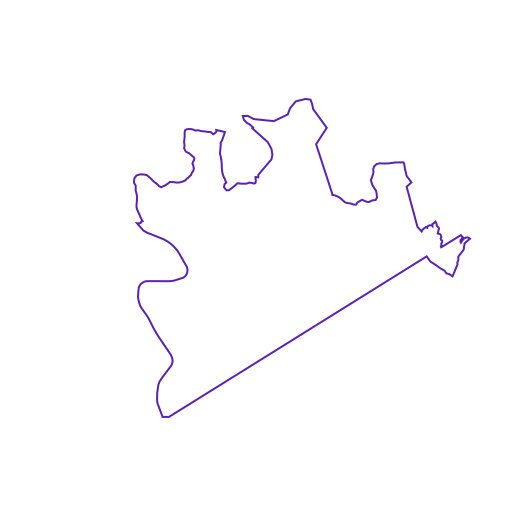 outline of Cherbourg, Queensland, Australia, rotated 320°
{"feature_id": "25037944B27259655099788", "entity_name": "Cherbourg", "entity_type": "district", "adm_level": 2, "iso_a3": "AUS", "parent_name": "Australia", "parent_adm1": "Queensland", "projection": "natural_earth1", "projection_center": [151.944, -26.287], "detail": "fine", "context": "isolated", "style": "outline", "palette": "violet", "viewbox_px": 512, "rotation_deg": 320, "n_neighbors": 0, "source": "geoboundaries", "source_scale": "gbopen_adm2", "svg_char_len": 4139}
<svg xmlns="http://www.w3.org/2000/svg" viewBox="0 0 512 512"><g transform="rotate(320 256 256)"><path d="M422.4,299.5L422.4,298.8L422.5,297.6L422.6,296.2L422.7,294.7L422.7,293.4L422.8,292.2L423.1,290.9L423.4,290.3L424.0,289.4L425.2,286.9L425.8,285.4L426.7,284.1L427.7,282.4L428.8,280.6L429.1,279.1L428.4,278.3L427.4,277.7L426.6,277.0L425.7,276.2L424.5,275.4L423.6,274.4L422.2,273.5L417.6,270.6L414.0,267.9L410.2,264.4L407.5,263.1L404.2,263.3L401.8,264.6L400.0,267.1L398.6,268.3L396.1,269.9L395.1,270.5L392.8,271.6L390.8,276.3L390.2,280.2L389.9,283.2L388.7,285.4L386.4,288.9L383.6,290.0L380.7,288.1L377.4,287.3L375.7,285.7L374.4,283.2L373.4,281.1L368.1,280.2L365.8,281.0L363.9,279.5L362.9,277.7L361.8,276.0L359.9,274.1L358.7,272.1L358.2,268.7L358.0,266.7L357.4,264.6L356.8,263.0L356.2,261.8L355.4,260.3L354.8,259.6L353.7,258.3L354.6,256.9L373.9,209.0L392.6,203.3L394.2,180.2L396.8,175.4L398.2,171.3L395.0,167.6L385.9,163.1L377.1,164.7L371.3,168.0L356.4,164.2L342.3,149.7L339.8,143.5L335.9,140.3L334.2,144.1L334.7,149.0L335.6,150.4L336.4,155.7L335.3,155.8L338.2,176.4L336.6,184.1L333.6,189.0L329.9,191.9L310.0,195.3L308.3,197.2L306.4,195.2L305.2,196.7L304.2,198.4L302.3,199.8L300.9,199.1L299.7,197.2L298.1,195.5L296.2,194.9L294.1,193.6L291.1,191.0L288.6,188.4L285.8,188.5L281.7,188.5L277.5,188.2L275.7,186.8L275.6,185.1L275.7,182.8L277.2,181.5L278.3,180.7L280.4,180.7L280.8,179.0L281.5,177.2L282.3,174.0L283.8,170.5L286.1,167.0L288.0,164.6L290.3,161.5L291.4,159.8L293.0,156.9L294.3,154.3L296.5,152.1L298.9,149.7L301.0,147.6L301.5,146.7L303.7,145.8L304.6,145.5L306.8,144.1L308.1,143.4L311.9,141.1L306.6,134.0L306.3,134.6L305.3,135.3L303.7,135.6L301.4,135.2L301.3,134.1L301.0,132.0L300.1,131.0L298.5,129.7L297.6,128.4L296.2,127.0L294.9,125.8L292.7,122.8L291.9,121.9L290.5,121.3L289.8,120.2L289.0,118.6L288.2,117.4L285.9,115.3L283.8,114.2L282.5,114.1L280.9,115.3L279.5,117.0L278.0,118.8L276.0,120.7L274.1,122.5L272.6,125.0L270.1,127.5L269.6,129.4L269.4,131.1L270.6,133.9L271.0,135.7L271.8,140.2L271.4,141.8L269.8,142.9L268.3,143.3L266.7,144.4L266.1,146.4L264.5,149.2L262.7,150.4L259.8,151.3L258.3,152.2L256.6,152.2L254.4,152.5L253.1,152.3L250.4,152.6L247.8,151.9L244.5,150.4L241.9,148.3L240.4,146.4L237.5,143.9L235.1,143.9L232.2,143.6L227.6,142.4L226.6,140.2L226.6,138.4L226.1,135.9L225.7,134.2L225.4,131.9L225.3,129.7L224.8,126.6L224.4,124.0L222.8,121.8L219.9,119.1L216.2,117.5L213.2,118.2L211.0,119.7L209.5,121.9L209.1,124.7L207.7,126.4L205.9,128.5L204.8,131.0L202.8,134.4L200.2,137.2L197.4,140.0L196.0,141.6L194.8,144.0L192.1,153.5L191.5,156.5L190.3,155.9L188.8,156.6L187.8,156.2L185.9,154.4L185.9,156.3L186.1,163.5L186.2,164.4L186.4,165.0L187.6,168.4L189.4,171.5L196.1,184.0L197.5,187.9L198.4,191.2L199.0,194.4L199.2,197.8L199.2,201.1L198.8,204.5L196.0,220.0L194.8,222.4L193.0,224.2L190.9,225.5L188.6,226.0L186.2,225.8L177.4,222.2L174.8,220.6L172.8,219.1L157.6,206.2L156.1,205.1L155.3,204.5L153.2,203.7L150.5,203.4L148.9,203.5L146.1,204.7L144.6,206.1L142.9,207.7L141.4,209.3L139.4,211.4L137.6,214.3L136.4,216.8L135.2,220.1L134.9,221.7L134.5,226.1L134.1,231.3L133.6,234.9L131.1,245.4L130.1,251.2L129.5,255.0L127.3,276.6L126.7,279.1L125.1,282.3L123.4,284.0L121.5,285.1L119.7,285.7L110.6,287.8L107.1,288.6L105.5,289.0L101.7,290.1L98.7,291.7L95.2,294.8L92.6,297.1L90.3,299.7L87.3,303.1L85.7,305.9L84.5,309.3L81.7,317.3L81.0,319.2L85.4,322.9L85.9,323.3L136.4,330.5L312.5,355.5L386.5,366.0L386.0,372.3L387.9,378.4L389.4,384.3L391.0,388.2L390.7,391.6L392.6,394.6L393.5,397.9L404.8,392.1L406.0,390.4L408.5,389.1L410.6,386.5L419.2,384.6L423.9,380.4L431.0,380.3L430.5,378.8L429.7,377.4L428.3,376.7L426.6,376.3L424.0,376.7L421.6,377.5L421.8,376.5L422.5,376.0L423.0,375.2L424.6,375.1L426.5,374.5L426.3,373.2L426.3,371.7L403.5,368.4L403.8,367.4L404.9,367.4L405.7,365.7L407.5,365.1L408.5,363.8L408.1,362.5L408.7,361.3L410.2,360.5L411.1,358.4L411.0,357.5L409.7,355.6L414.1,352.3L414.0,349.0L415.4,346.4L415.5,344.9L413.5,345.2L411.7,344.9L410.4,346.5L410.3,345.4L408.7,344.1L407.0,343.5L406.0,343.6L405.3,344.5L404.7,343.1L402.4,342.8L400.3,343.0L398.7,343.7L398.4,337.5L415.9,299.8L422.4,299.5Z" fill="none" stroke="#5b21b6" stroke-width="2"/></g></svg>